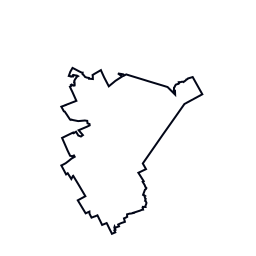 the district of El Llano, Aguascalientes, Mexico, rotated 327°
{"feature_id": "50627088B57230775493206", "entity_name": "El Llano", "entity_type": "district", "adm_level": 2, "iso_a3": "MEX", "parent_name": "Mexico", "parent_adm1": "Aguascalientes", "projection": "natural_earth1", "projection_center": [-102.052, 21.929], "detail": "fine", "context": "isolated", "style": "outline", "palette": "ink", "viewbox_px": 256, "rotation_deg": 327, "n_neighbors": 0, "source": "geoboundaries", "source_scale": "gbopen_adm2", "svg_char_len": 4127}
<svg xmlns="http://www.w3.org/2000/svg" viewBox="0 0 256 256"><g transform="rotate(327 128 128)"><path d="M99.7,203.8L100.1,202.9L101.1,202.2L102.2,201.4L102.8,200.6L103.0,198.8L103.3,198.2L103.3,197.9L103.5,197.7L103.4,197.7L103.6,197.5L104.1,196.3L104.5,194.8L104.8,194.0L105.3,194.1L104.9,192.9L104.4,192.7L104.2,192.3L108.6,189.0L109.2,188.9L109.6,189.0L110.2,188.7L110.7,188.4L110.5,186.6L110.8,185.5L110.9,185.0L111.0,181.1L112.2,181.2L112.3,172.7L112.3,171.2L120.7,172.3L121.1,165.8L131.2,161.7L132.4,161.2L151.5,153.4L153.2,152.7L174.0,144.4L188.4,138.6L208.7,140.2L210.0,120.5L205.2,119.1L204.4,119.4L203.5,119.2L203.4,119.1L202.6,119.4L202.3,119.5L200.9,119.6L200.4,119.5L199.7,119.7L199.6,119.4L199.1,119.1L198.5,118.6L196.3,117.9L196.0,117.4L195.5,117.2L195.2,118.2L195.1,118.3L194.9,118.3L194.4,118.5L194.1,118.3L192.2,117.8L192.0,117.7L190.9,118.0L189.4,119.0L188.9,119.2L188.6,119.2L186.8,121.7L186.6,121.8L186.3,121.9L186.1,122.1L187.6,122.5L185.7,125.7L183.5,115.2L179.9,110.9L170.0,99.2L167.6,96.3L158.1,85.0L155.7,82.1L153.2,81.9L153.4,80.6L152.1,79.3L149.3,76.8L151.2,81.6L143.1,81.6L139.8,82.0L137.0,82.3L134.6,82.6L135.6,72.3L136.6,65.7L136.8,64.7L128.6,64.3L127.1,64.3L126.9,65.0L125.2,67.8L123.3,66.3L122.1,65.4L122.5,64.7L121.0,63.4L119.8,61.8L119.7,59.8L119.2,58.1L119.3,58.0L119.4,57.9L119.5,57.8L119.6,57.7L119.9,57.3L120.1,56.9L119.9,56.8L119.4,56.4L117.7,53.6L115.6,49.8L115.2,49.1L114.2,47.4L114.0,47.5L110.5,49.3L110.4,49.3L106.7,52.1L106.8,52.2L107.0,52.1L107.3,52.3L107.6,52.7L107.7,52.8L107.8,53.1L108.0,53.3L107.9,53.5L108.0,53.6L108.2,53.9L108.4,54.0L108.6,54.1L108.8,54.2L109.0,54.2L109.1,54.3L109.3,54.4L109.4,54.5L109.5,54.5L109.5,54.4L109.8,54.5L110.0,54.7L110.2,54.4L110.2,53.9L110.3,53.7L110.5,53.6L110.8,53.6L111.0,53.7L111.3,53.9L111.4,54.0L111.5,54.2L111.6,54.3L111.9,54.6L112.0,54.7L112.0,54.8L112.1,55.0L112.3,55.1L112.5,55.2L112.6,55.3L112.8,55.4L113.0,55.5L113.2,55.8L113.3,55.9L113.4,56.0L113.7,56.3L113.9,56.5L114.0,56.9L114.2,57.1L114.3,57.3L114.1,57.3L113.3,57.2L112.8,57.3L112.4,57.4L112.0,57.6L111.4,57.9L110.5,58.2L110.3,58.3L110.0,58.4L109.6,58.7L109.2,58.9L108.9,59.0L108.7,59.2L108.7,59.3L108.5,59.5L108.4,59.8L108.3,60.0L108.1,60.4L107.9,60.3L107.8,60.2L107.7,60.2L107.6,60.3L107.6,60.5L107.7,60.8L107.6,61.1L107.6,61.3L107.5,61.5L107.4,61.5L107.3,61.8L107.2,61.8L107.0,62.0L107.0,62.3L106.9,62.4L106.9,62.5L106.7,62.8L106.6,62.7L106.4,62.7L106.3,62.8L106.3,63.0L106.2,63.1L106.0,62.9L105.8,62.9L105.7,62.9L105.6,62.7L105.4,62.7L105.2,62.6L105.1,62.4L105.0,62.1L104.9,62.0L104.8,61.9L104.7,61.8L104.7,61.7L104.6,61.2L104.4,60.8L103.7,60.8L103.7,61.0L103.6,61.3L103.6,61.5L103.4,61.7L103.3,61.8L103.0,61.8L101.8,61.7L101.3,64.9L101.1,66.8L99.5,77.1L88.0,74.7L88.0,74.8L83.7,73.8L83.3,79.1L83.9,79.8L84.0,89.1L84.0,89.3L84.1,89.6L84.4,89.9L84.5,90.1L85.0,90.0L86.2,91.4L86.4,91.6L90.0,95.1L95.9,98.2L97.7,99.8L96.6,102.0L97.9,103.7L97.3,104.9L94.5,104.6L87.7,103.4L85.4,103.0L86.3,109.4L83.9,109.5L82.2,107.2L82.3,105.5L82.3,105.4L82.3,105.1L82.4,102.8L79.9,102.8L79.9,102.4L79.9,102.1L79.6,102.0L79.3,102.4L79.1,102.4L78.7,101.8L67.3,100.4L65.4,112.0L65.1,113.6L64.9,115.3L64.7,116.5L64.7,117.2L64.6,117.3L64.6,117.8L64.3,119.7L65.8,121.3L67.7,121.6L67.6,123.1L63.9,122.9L60.4,123.3L56.5,123.6L53.0,123.3L51.7,123.1L50.8,133.2L52.8,133.1L52.7,139.9L55.8,138.2L56.0,138.2L55.7,148.1L55.1,162.0L46.5,161.3L46.0,176.5L50.1,177.1L49.0,179.0L48.9,180.1L48.6,183.3L51.8,184.0L52.0,184.1L52.5,184.2L53.6,184.4L54.8,184.6L54.6,186.3L54.4,188.0L54.3,188.6L54.2,189.8L53.5,195.2L58.3,196.1L58.2,197.5L57.7,201.3L57.5,202.8L57.2,205.8L56.9,208.0L58.2,208.2L59.3,208.4L59.5,208.4L60.5,208.6L60.8,206.4L62.0,206.6L62.2,204.2L63.1,203.4L63.0,204.8L65.0,205.1L66.9,205.6L67.1,204.6L67.1,204.4L67.2,203.6L69.6,203.9L70.8,204.1L73.0,204.7L74.3,205.0L75.4,201.6L77.6,202.0L78.3,201.9L78.5,202.0L78.9,202.1L79.6,200.9L80.2,199.9L80.8,200.1L82.4,200.6L83.0,200.8L83.7,201.3L86.4,202.3L86.4,202.0L88.1,202.5L92.2,203.6L92.8,203.8L94.7,204.1L95.1,204.2L96.2,204.7L96.9,202.8L97.3,202.9L97.6,202.3L98.5,203.0L99.0,203.3L99.7,203.8Z" fill="none" stroke="#020617" stroke-width="2"/></g></svg>